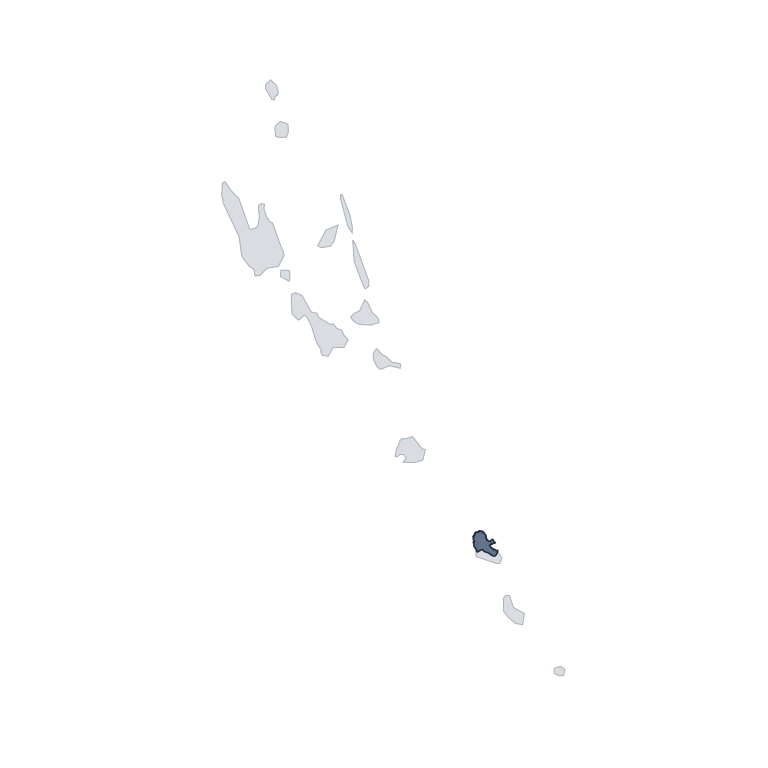 North Erromango, Tafea, Vanuatu shown in context, rotated 349°
{"feature_id": "77236927B15473640252363", "entity_name": "North Erromango", "entity_type": "district", "adm_level": 2, "iso_a3": "VUT", "parent_name": "Vanuatu", "parent_adm1": "Tafea", "projection": "equal_earth", "projection_center": [169.132, -18.762], "detail": "fine", "context": "in_parent", "style": "filled", "palette": "slate", "viewbox_px": 768, "rotation_deg": 349, "n_neighbors": 0, "source": "geoboundaries", "source_scale": "gbopen_adm2", "svg_char_len": 6294}
<svg xmlns="http://www.w3.org/2000/svg" viewBox="0 0 768 768"><g transform="rotate(349 384 384)"><path d="M276.9,174.1L281.8,206.7L287.3,206.6L290.1,204.9L293.3,197.2L294.7,185.2L297.5,183.5L301.1,184.8L299.6,188.6L300.7,198.2L303.5,203.5L305.3,204.5L309.1,229.6L310.5,234.8L310.4,239.0L302.7,248.4L291.2,248.1L283.1,253.7L278.1,253.4L278.2,247.0L273.7,242.0L268.7,231.2L269.9,212.0L260.9,176.4L260.8,167.5L263.8,155.8L266.7,155.3L270.8,165.0L276.9,174.1ZM326.2,299.1L329.6,301.2L331.4,301.2L332.5,306.0L343.0,315.5L345.9,315.3L348.3,320.5L352.8,323.1L354.0,328.4L357.3,333.9L351.7,340.4L340.8,338.7L334.6,346.1L329.0,344.2L328.0,340.3L328.8,339.0L325.4,329.0L323.9,313.8L321.6,304.8L319.1,301.0L314.0,304.4L312.0,304.9L307.1,297.6L309.3,282.6L310.5,278.3L314.5,277.5L320.5,281.5L326.2,299.1ZM466.6,577.6L463.3,582.4L460.4,581.8L441.4,570.9L442.2,566.4L441.4,554.9L443.5,548.7L448.7,546.1L452.8,547.5L455.3,556.7L460.9,560.4L457.0,563.5L463.9,570.5L466.6,577.6ZM401.9,441.0L409.2,455.0L412.1,456.1L407.7,466.1L398.6,467.0L387.8,464.4L391.8,460.9L389.7,457.1L386.5,456.3L382.7,458.1L381.0,457.5L383.4,451.1L389.4,442.0L391.1,441.3L392.7,441.2L394.3,442.0L401.9,441.0ZM390.9,322.7L382.5,323.7L370.8,320.7L366.0,316.4L364.0,312.1L368.0,309.0L373.9,307.5L381.1,297.7L383.7,301.4L386.4,312.4L389.3,315.7L391.0,319.0L390.9,322.7ZM478.0,636.1L474.1,646.7L467.5,644.2L461.4,636.6L458.1,629.9L460.3,617.1L463.5,614.8L466.8,615.6L468.5,628.1L478.0,636.1ZM384.7,286.7L383.5,286.9L382.2,282.3L378.1,258.2L380.7,236.7L382.5,241.2L388.7,279.1L387.9,285.2L384.7,286.7ZM401.9,366.2L404.1,367.6L402.9,371.7L392.9,367.0L384.8,368.8L382.5,368.6L380.1,364.9L378.3,357.5L379.1,352.2L382.5,348.6L383.8,348.0L386.3,352.5L388.6,355.6L390.9,356.9L396.0,364.2L401.9,366.2ZM362.5,234.1L357.6,238.6L348.5,238.2L345.2,235.7L356.3,221.9L369.2,219.1L362.5,234.1ZM338.3,118.2L335.3,123.2L327.0,121.6L325.0,120.3L325.5,111.9L327.6,109.1L332.5,106.5L339.3,110.6L338.3,118.2ZM331.2,83.3L330.1,84.2L328.4,83.5L324.0,71.5L325.1,67.5L330.6,63.7L335.4,70.4L335.9,74.0L335.9,77.2L335.1,79.9L331.9,81.0L331.2,83.3ZM382.9,223.6L381.6,229.7L378.6,222.6L376.6,192.8L377.4,190.0L378.9,189.8L382.7,210.6L382.9,223.6ZM507.2,698.9L504.7,704.3L500.8,704.2L495.7,700.4L496.7,695.7L502.4,694.9L504.1,695.2L507.2,698.9ZM311.9,262.5L310.6,265.1L302.8,258.7L304.6,252.5L313.0,254.7L311.9,262.5Z" fill="#d9dde1" stroke="#a8b0b8" stroke-width="1"/><path d="M463.7,569.6L463.2,569.9L463.3,569.8L463.5,569.4L463.4,569.3L463.3,569.2L463.2,569.2L462.9,569.1L462.7,568.9L462.4,569.0L462.4,568.8L462.4,568.6L462.2,568.4L461.4,567.9L461.2,567.8L460.5,567.5L460.4,567.6L460.4,567.4L460.2,567.3L460.2,567.2L459.8,567.1L459.8,566.9L459.6,566.9L459.5,566.6L459.3,566.5L459.2,566.2L458.9,566.0L458.9,565.9L458.6,565.7L458.4,565.4L458.2,565.4L458.2,565.2L457.9,564.8L457.8,564.7L457.7,564.5L457.6,564.4L457.5,564.2L457.3,563.6L457.2,563.5L457.2,563.4L457.1,563.1L457.1,562.9L457.1,562.7L456.9,562.6L456.6,563.0L456.9,562.5L457.2,562.3L457.3,562.2L457.5,562.3L457.4,562.4L457.5,562.4L457.9,562.0L458.1,561.9L458.2,561.7L458.5,561.8L458.6,561.7L458.7,561.8L458.9,561.8L459.0,561.7L459.2,561.8L459.2,561.7L459.4,561.5L459.5,561.6L459.9,561.5L460.0,561.5L460.6,561.5L460.9,561.3L461.1,561.3L461.3,561.2L461.7,561.3L462.2,561.2L462.5,561.3L462.9,561.2L462.7,560.6L462.6,560.3L462.1,560.0L462.0,559.8L461.9,559.7L461.7,559.2L461.6,558.8L461.4,558.1L461.2,557.5L461.2,557.4L461.0,557.2L460.2,557.3L459.9,557.4L459.6,557.6L459.3,557.9L459.2,557.9L459.1,558.0L458.9,558.2L458.8,558.3L458.2,558.7L457.9,558.6L457.7,558.6L457.6,558.8L457.0,558.4L456.9,558.3L456.7,558.2L456.4,558.0L456.3,557.8L456.1,557.7L455.9,557.4L455.9,556.9L455.7,556.9L455.5,557.0L455.4,557.0L455.3,556.9L455.1,556.6L455.1,556.8L454.9,556.9L454.8,557.1L455.0,556.7L455.3,556.3L455.4,556.1L455.3,555.8L455.2,555.5L455.2,555.3L455.2,555.2L455.0,554.9L454.9,554.9L454.7,554.6L454.8,554.6L454.8,554.4L455.0,554.1L455.0,553.8L455.0,553.7L455.1,553.8L455.2,553.7L455.2,553.4L455.2,553.2L455.0,552.8L455.1,552.6L455.1,552.2L455.0,551.9L455.0,551.6L455.0,551.4L454.9,551.4L454.8,551.0L454.7,550.9L454.5,550.6L454.4,550.6L454.3,550.4L454.1,550.5L453.9,550.4L454.1,550.4L454.1,550.0L454.1,549.9L454.0,549.7L453.7,548.9L453.5,548.6L453.3,548.3L453.2,548.2L453.0,547.9L452.8,547.7L452.6,547.5L452.4,547.8L452.4,547.6L452.4,547.4L452.2,547.3L452.0,547.2L451.9,547.2L451.8,547.3L451.7,547.2L451.4,547.0L451.2,547.0L450.9,546.8L450.7,547.2L450.7,546.9L450.4,546.5L450.1,546.4L450.0,546.5L449.9,546.5L449.7,546.5L449.3,546.9L449.2,546.9L448.9,547.0L448.9,546.9L448.8,547.0L448.8,546.9L448.7,547.0L448.6,547.3L448.5,547.2L448.4,547.1L448.2,547.1L447.8,547.1L447.2,547.0L446.9,547.1L446.6,546.9L446.4,546.9L446.2,546.9L445.9,546.9L445.9,547.0L445.8,547.4L445.8,547.5L445.7,547.6L445.6,547.4L445.3,547.3L445.1,547.4L445.2,547.5L444.9,547.7L444.9,547.9L444.9,548.0L444.7,548.1L444.5,548.3L444.4,548.6L444.2,548.7L444.2,548.8L444.2,549.0L444.1,548.9L443.9,549.1L443.9,549.3L443.7,549.5L443.4,549.8L443.1,550.2L443.0,550.3L442.9,550.3L443.0,550.7L442.9,550.7L442.8,551.0L442.7,551.0L442.8,551.1L442.6,551.1L442.5,551.5L442.3,551.7L442.3,552.3L442.2,552.4L442.1,552.5L442.1,552.8L442.1,553.0L442.1,553.3L442.3,553.8L442.3,554.0L442.5,554.3L442.6,554.6L442.6,554.8L442.5,555.1L442.5,555.3L442.4,555.4L442.5,555.5L442.4,555.5L442.4,555.8L442.4,556.0L442.3,556.3L442.2,556.6L441.8,556.6L441.8,556.8L441.8,557.0L441.7,557.0L441.8,557.1L441.8,557.3L441.7,557.6L441.7,557.8L441.7,558.1L441.7,558.3L441.6,559.1L441.5,559.5L441.4,559.6L441.4,559.8L441.5,560.1L441.4,560.5L441.4,560.8L441.5,560.9L441.6,561.0L441.8,561.4L442.0,561.7L442.2,562.0L442.3,562.0L442.5,562.3L442.5,562.5L442.8,563.1L442.9,563.6L442.9,563.8L443.0,563.9L443.1,564.2L443.0,564.3L443.0,564.6L443.0,564.8L443.0,565.0L443.2,565.3L443.4,565.5L443.7,565.8L443.5,566.1L443.4,566.2L443.2,566.4L443.6,566.7L444.7,566.6L445.7,566.0L446.3,565.9L446.6,565.6L446.8,565.5L447.0,565.4L447.3,565.6L447.9,565.5L448.1,565.5L449.3,565.2L450.2,567.4L450.7,567.8L451.9,568.4L453.8,569.4L454.7,570.4L455.4,570.9L456.1,571.4L456.2,571.9L457.0,572.6L457.3,572.9L457.8,573.3L459.0,573.9L460.2,574.0L461.0,573.5L461.5,573.2L461.8,572.9L462.2,572.4L462.4,571.8L462.7,571.4L463.1,571.1L463.4,570.7L463.4,570.4L463.7,569.6Z" fill="#64748b" stroke="#1e293b" stroke-width="1.5"/></g></svg>